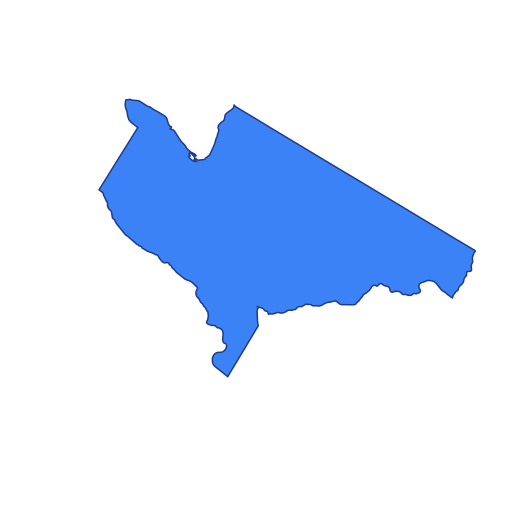 an SVG outline of Río Negro, rotated 211°
{"feature_id": "ARG-1297", "entity_name": "Río Negro", "entity_type": "Province", "adm_level": 1, "iso_a3": "ARG", "parent_name": "Argentina", "parent_adm1": "", "projection": "natural_earth1", "projection_center": [-67.714, -39.784], "detail": "fine", "context": "isolated", "style": "filled", "palette": "blue", "viewbox_px": 512, "rotation_deg": 211, "n_neighbors": 0, "source": "natural_earth", "source_scale": "10m", "svg_char_len": 5675}
<svg xmlns="http://www.w3.org/2000/svg" viewBox="0 0 512 512"><g transform="rotate(211 256 256)"><path d="M71.0,373.5L70.5,372.8L70.5,372.0L70.7,371.2L70.7,370.3L69.8,366.5L69.0,364.9L67.9,363.6L67.1,362.2L67.0,360.2L66.6,358.5L64.1,355.2L64.1,353.6L64.7,352.9L66.1,352.1L66.7,351.5L67.1,350.6L67.0,350.0L66.5,349.5L65.9,348.6L65.6,347.7L65.6,347.1L65.9,345.5L65.9,344.5L65.9,343.7L65.7,343.0L65.3,342.1L64.8,340.1L64.9,338.4L65.9,334.9L66.0,333.8L65.9,333.0L65.3,331.2L65.3,330.1L65.6,329.8L66.0,329.5L66.3,328.6L66.4,326.7L66.7,324.8L66.7,323.7L66.1,321.7L66.1,321.2L66.4,321.2L71.8,321.6L74.6,322.2L77.8,322.2L79.3,322.3L87.5,325.4L90.1,325.7L91.2,325.6L93.6,324.9L94.8,324.3L95.4,323.9L96.4,323.3L96.8,323.0L97.0,322.7L97.6,321.6L100.2,318.6L100.8,317.8L101.3,316.9L101.4,315.7L101.1,314.6L100.6,313.6L99.9,312.8L99.1,312.3L98.3,311.8L97.5,311.3L97.0,310.5L96.9,310.0L96.9,309.5L97.0,309.0L97.2,308.5L97.5,308.2L98.1,307.6L98.4,307.3L98.6,307.0L98.9,306.4L99.1,306.1L99.8,305.7L101.2,305.4L101.8,304.9L101.9,304.5L102.0,303.7L102.1,303.4L102.4,302.8L102.8,302.4L103.2,301.9L103.6,301.6L105.7,300.6L106.9,300.3L107.9,300.2L108.5,299.8L109.6,298.9L110.3,298.7L110.9,298.7L112.3,299.0L112.9,299.2L114.3,299.3L115.8,299.0L117.3,298.2L118.5,297.3L120.2,295.4L120.9,295.0L121.9,294.8L122.8,295.2L123.6,295.8L124.3,296.7L125.8,297.7L127.5,297.7L130.8,296.7L134.4,296.8L135.5,296.2L135.9,295.3L136.4,293.0L136.9,292.4L137.2,292.3L138.1,292.4L138.5,292.3L139.0,292.1L139.5,291.9L140.0,291.5L140.4,291.1L140.9,290.0L141.0,288.6L141.0,285.9L141.2,284.7L142.7,280.6L143.6,279.0L143.9,278.2L144.0,277.6L143.9,275.9L144.0,275.3L144.3,274.2L144.4,273.6L144.7,270.5L144.9,269.5L145.5,268.1L145.6,267.6L145.7,266.7L145.7,266.3L145.9,265.8L146.6,264.9L147.6,264.2L157.8,258.3L158.5,258.1L159.8,258.0L163.7,258.5L164.7,258.2L165.8,257.6L168.7,254.6L170.4,253.4L171.1,252.7L173.4,249.5L173.5,248.9L173.6,248.7L174.6,247.3L175.3,246.4L176.1,245.7L177.5,244.9L178.5,244.6L180.8,243.0L181.4,242.7L181.8,242.6L183.1,242.6L184.3,242.5L184.6,242.4L185.7,241.7L187.6,240.8L188.1,240.6L188.4,240.2L188.9,239.5L190.5,236.6L190.8,236.3L191.2,235.8L193.4,234.5L193.7,234.2L193.9,233.7L194.5,231.0L195.0,230.2L196.2,229.3L196.6,228.8L197.2,227.9L199.0,227.1L199.7,226.6L200.4,226.0L200.9,225.3L202.1,222.9L203.2,221.5L204.5,220.4L205.8,219.6L207.2,219.3L208.6,218.5L211.4,215.2L212.7,214.4L213.4,214.2L215.2,212.6L215.7,212.7L216.6,213.8L217.9,214.4L218.5,214.3L219.0,213.9L219.7,213.7L220.5,213.8L222.4,214.5L223.9,214.5L228.4,213.3L227.5,213.0L227.3,212.5L227.4,211.7L227.3,210.8L226.8,209.5L221.2,201.0L219.2,198.5L218.3,197.7L218.1,196.6L218.1,146.8L218.1,138.4L218.1,138.0L235.2,140.3L237.0,141.2L238.3,142.3L239.5,143.9L240.6,145.7L241.1,147.4L241.2,149.8L240.6,151.8L239.6,153.3L236.7,155.3L235.3,156.6L234.4,158.4L234.1,160.9L234.3,161.9L234.6,163.1L235.0,164.1L235.4,164.5L235.7,164.7L236.4,165.2L236.9,165.3L238.0,164.9L238.5,164.9L240.1,165.6L241.4,166.9L243.7,171.7L244.8,173.3L246.2,174.7L247.8,175.4L251.1,175.2L252.2,174.6L255.4,175.1L256.5,174.8L258.4,173.6L262.0,172.9L263.0,172.9L263.9,173.4L264.4,174.0L264.5,174.9L264.5,176.0L264.7,176.7L265.7,179.5L267.2,181.7L267.8,182.3L268.5,183.3L268.7,183.5L269.2,183.5L273.4,185.8L275.3,186.2L276.6,187.2L277.6,187.5L279.6,187.8L281.1,188.8L281.5,189.0L281.8,189.1L282.6,189.9L283.0,190.0L284.9,190.4L286.4,191.1L287.7,192.3L288.7,193.8L289.2,195.4L289.5,197.9L290.0,198.8L291.1,199.1L292.2,199.3L297.3,200.5L299.1,200.6L304.8,199.6L315.6,201.0L316.1,201.1L317.0,201.6L318.1,201.8L319.5,202.4L321.3,202.6L321.9,202.8L322.3,203.0L323.0,203.7L323.5,203.9L325.2,203.9L325.9,204.0L326.4,204.4L326.8,204.7L327.1,205.0L327.9,204.9L328.8,204.5L329.7,204.0L330.4,203.3L331.4,202.8L332.5,202.7L334.7,203.2L338.4,204.6L340.0,205.7L340.8,206.1L341.2,206.0L343.1,205.3L345.3,205.4L351.6,204.2L357.4,204.2L357.7,204.2L358.8,205.0L361.9,204.5L363.2,205.0L364.0,204.6L375.9,206.8L378.9,206.9L392.6,212.0L395.7,214.0L396.4,214.3L398.4,214.6L399.1,215.2L402.7,219.5L403.5,219.9L406.4,220.6L408.0,221.5L408.6,222.0L409.2,222.6L410.2,224.4L411.0,225.3L412.5,226.0L418.0,229.7L419.1,230.9L420.8,231.5L424.6,231.9L424.2,260.9L423.7,289.6L423.5,303.3L423.5,305.2L432.1,306.3L434.8,307.2L435.5,307.6L438.7,310.5L440.5,312.9L440.9,313.3L443.0,314.9L445.5,317.4L446.0,318.2L447.6,321.5L447.9,322.8L447.5,323.0L447.0,323.5L445.9,324.4L445.2,325.1L442.2,325.9L437.2,328.4L435.2,328.8L426.1,328.5L424.3,329.0L423.3,329.2L419.3,328.8L413.3,329.1L406.6,329.0L404.7,328.6L403.0,327.7L398.8,323.8L396.9,323.0L395.2,323.1L394.8,322.8L394.7,322.3L394.9,321.8L395.2,321.0L394.8,320.6L393.9,320.9L392.7,321.3L391.8,321.5L390.1,321.1L379.9,315.9L374.3,314.4L370.4,312.5L366.6,311.7L364.6,311.5L361.6,311.8L360.3,311.7L359.2,311.3L359.1,310.5L359.9,310.0L361.0,309.6L361.8,309.8L361.6,310.7L361.9,310.7L362.2,310.5L362.4,310.4L362.5,310.3L365.0,310.4L365.8,310.3L366.2,309.9L365.8,308.8L364.6,308.4L363.9,307.9L365.1,306.7L364.1,306.0L360.1,305.1L357.7,305.4L356.2,306.0L355.8,306.3L356.6,306.4L358.0,306.1L358.7,306.3L358.1,307.1L358.3,307.6L358.8,308.0L359.3,308.5L355.0,308.3L354.2,308.7L353.7,309.3L350.3,311.8L349.9,312.3L349.7,312.8L349.7,314.0L349.6,314.4L349.0,315.4L348.5,316.6L348.1,317.8L347.9,319.0L348.0,321.2L349.1,330.2L350.7,336.4L350.8,338.1L351.8,341.1L352.0,342.7L352.5,344.3L354.8,346.7L355.4,348.3L355.3,349.9L354.9,351.6L354.4,353.3L353.8,354.3L353.4,355.8L353.8,357.7L355.0,360.7L354.9,362.6L354.2,364.8L352.4,368.6L351.7,370.9L351.9,372.7L352.5,374.0L352.2,374.0L349.5,373.5L324.1,373.5L311.5,373.4L275.8,373.4L225.6,373.4L210.9,373.5L175.1,373.5L170.3,373.5L93.5,373.4L71.4,373.5L71.0,373.5Z" fill="#3b82f6" stroke="#1e3a8a" stroke-width="1.5"/></g></svg>